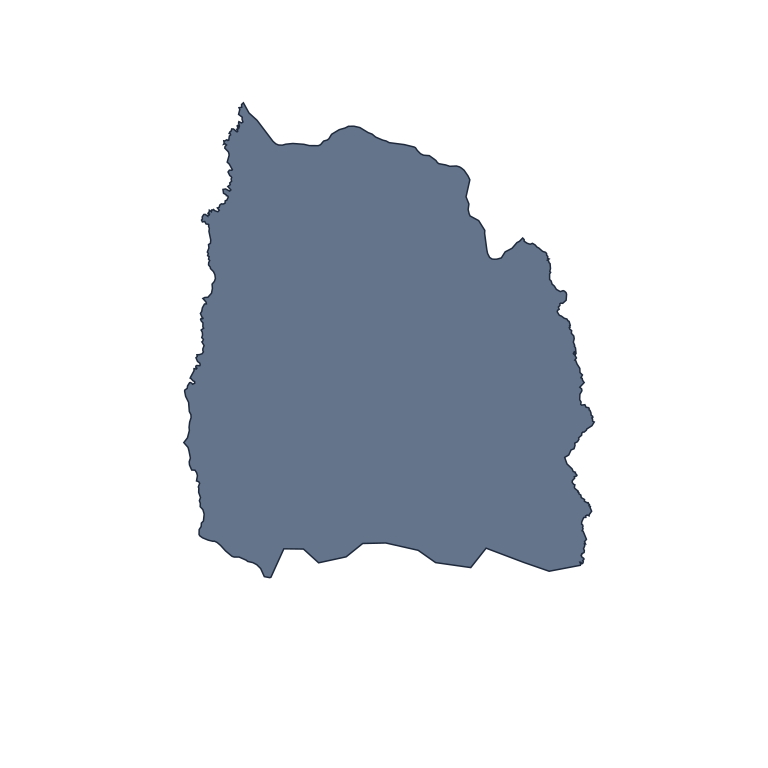 outline of Garu, Upper East, Ghana, rotated 119°
{"feature_id": "2480657B97498759939018", "entity_name": "Garu", "entity_type": "district", "adm_level": 2, "iso_a3": "GHA", "parent_name": "Ghana", "parent_adm1": "Upper East", "projection": "natural_earth1", "projection_center": [-0.247, 10.771], "detail": "fine", "context": "isolated", "style": "filled", "palette": "slate", "viewbox_px": 768, "rotation_deg": 119, "n_neighbors": 0, "source": "geoboundaries", "source_scale": "gbopen_adm2", "svg_char_len": 6171}
<svg xmlns="http://www.w3.org/2000/svg" viewBox="0 0 768 768"><g transform="rotate(119 384 384)"><path d="M580.4,485.3L581.7,481.5L585.0,478.2L591.4,475.5L594.2,476.3L597.3,474.8L600.9,475.1L605.3,472.8L606.1,471.5L606.5,468.1L605.8,462.1L604.5,457.3L603.7,456.2L603.5,453.2L604.4,448.7L606.8,441.7L608.4,433.4L608.0,431.2L605.6,426.8L604.9,418.9L605.3,417.3L603.8,412.1L603.7,407.7L605.2,402.4L610.5,395.3L608.8,390.1L607.9,389.2L576.7,391.7L567.4,374.4L572.1,354.5L553.5,333.3L533.8,325.3L522.2,305.4L512.9,273.5L515.2,252.3L502.5,219.1L478.1,215.1L472.3,175.3L467.7,148.8L447.4,124.4L446.1,124.6L444.9,126.3L444.5,125.5L445.2,123.7L444.1,123.2L442.7,123.6L442.1,124.6L440.6,124.1L439.7,124.6L439.3,127.3L438.2,128.6L437.4,128.2L436.6,128.7L434.4,127.3L432.5,128.0L431.4,129.6L428.1,130.0L426.6,131.2L426.2,130.2L424.7,132.2L421.7,131.6L416.2,138.5L416.3,139.6L414.1,139.7L413.3,140.8L411.9,141.0L411.0,141.9L410.8,143.2L408.8,144.2L404.0,144.6L402.8,142.8L401.6,143.7L400.1,142.8L399.9,140.7L398.8,141.2L394.6,140.7L392.1,143.9L391.0,144.1L391.1,145.7L389.8,145.9L389.5,147.5L388.8,147.9L389.4,149.1L389.4,151.9L387.8,152.6L387.7,156.4L385.7,158.0L385.5,160.3L384.5,160.9L384.4,162.2L383.6,162.2L382.8,166.5L382.1,167.4L379.6,168.2L379.8,169.5L378.8,171.7L377.2,172.4L373.9,171.6L372.9,172.6L371.1,171.0L370.2,171.0L369.2,173.5L368.4,173.8L368.8,176.1L367.0,178.4L365.2,185.2L360.6,190.4L356.5,188.0L351.0,188.4L348.5,186.4L345.2,187.1L343.3,188.5L340.7,186.8L337.9,186.7L336.7,187.7L333.0,186.3L331.1,187.2L329.7,186.8L329.0,185.6L326.3,184.6L325.0,184.8L319.7,181.9L315.3,181.7L315.4,183.5L313.6,184.6L312.9,185.7L311.8,185.2L311.1,185.9L310.9,187.6L308.7,189.2L307.2,191.1L307.2,192.0L305.7,192.9L305.6,194.0L306.4,195.9L304.7,198.3L306.7,201.0L306.4,202.1L304.2,202.9L302.9,205.2L298.0,207.7L294.0,207.6L292.5,208.7L291.9,211.2L285.7,209.6L284.5,212.1L283.0,213.4L283.1,214.8L279.9,214.8L279.0,218.1L275.4,220.3L272.9,224.9L270.5,227.8L270.6,228.7L267.9,228.3L266.4,230.9L265.5,230.8L265.1,231.4L266.0,232.3L265.5,233.2L263.5,233.2L263.4,232.6L264.2,231.8L264.0,231.0L259.6,234.0L258.6,235.8L257.7,236.0L255.6,238.7L252.2,239.6L250.0,241.3L248.8,244.7L246.3,245.8L246.0,248.0L244.8,249.3L244.0,248.8L243.2,249.9L242.4,249.5L239.5,252.5L239.5,253.9L238.5,255.5L239.1,258.2L238.6,261.9L238.9,263.9L236.9,267.5L235.4,267.9L233.8,267.0L232.1,268.8L230.1,268.2L228.5,269.1L227.6,268.6L226.8,266.8L222.4,265.3L217.0,267.8L215.8,269.1L215.3,271.2L215.5,272.6L217.7,274.6L217.7,279.1L215.8,282.4L215.1,285.5L212.9,287.7L212.3,289.8L207.5,292.5L205.5,292.4L205.2,293.6L202.4,294.3L198.2,297.1L197.8,298.6L196.6,299.6L196.5,301.2L194.6,300.2L194.7,301.9L193.0,302.6L192.6,304.1L191.1,305.0L190.5,306.5L191.1,309.6L190.0,314.6L190.1,316.5L189.1,319.2L189.0,322.4L190.9,323.9L191.5,327.0L191.2,330.6L189.7,331.5L189.1,333.5L193.5,334.7L195.9,336.3L203.2,337.8L209.7,342.1L216.8,342.5L220.1,345.8L221.4,348.0L222.3,350.0L222.1,353.0L219.6,356.7L216.8,359.1L203.5,369.0L200.8,370.3L195.2,380.4L195.3,390.2L193.7,392.2L190.6,395.0L185.4,397.0L180.5,403.0L163.8,407.9L161.4,411.2L158.2,417.6L157.6,420.9L157.5,423.1L158.2,426.3L161.7,432.0L162.5,436.3L164.7,442.8L164.5,444.6L163.3,447.0L162.3,455.1L164.7,460.3L164.9,463.7L163.6,468.1L162.1,471.0L162.1,472.5L164.8,482.4L170.4,496.5L170.4,499.9L171.3,503.3L172.1,511.0L171.2,515.5L171.8,519.8L171.4,529.4L173.1,535.3L175.9,540.1L178.9,542.1L183.3,546.5L191.0,550.9L196.2,551.1L198.1,551.9L200.8,554.6L205.4,555.5L207.4,557.0L211.7,564.9L213.2,570.3L217.8,580.3L221.9,586.2L224.4,588.7L226.1,592.1L226.4,595.0L225.6,598.7L214.9,622.9L212.4,633.5L206.2,643.3L208.6,644.1L211.0,642.6L212.6,644.8L213.9,643.2L218.7,641.9L219.4,637.3L221.3,636.5L223.2,634.4L224.7,635.1L224.9,638.1L226.2,637.8L228.5,635.5L229.9,635.2L228.8,637.3L229.4,637.6L231.6,635.3L232.6,636.3L233.7,634.5L234.4,634.5L234.8,635.2L233.9,639.2L234.8,640.9L236.6,640.3L238.2,641.0L239.9,640.9L239.5,640.0L240.5,638.9L242.1,639.5L246.0,638.0L246.8,638.7L246.5,639.8L248.8,641.3L249.0,642.0L250.9,640.5L252.1,640.5L251.0,639.4L251.3,637.6L253.3,638.2L254.9,637.6L256.4,632.7L257.8,631.2L259.2,630.3L266.0,628.7L266.7,625.9L270.1,620.5L270.9,620.8L271.9,622.9L274.2,623.2L276.5,619.9L276.6,618.4L277.3,617.3L278.8,617.1L280.6,615.6L283.0,616.4L284.2,615.1L287.0,616.4L288.5,612.0L290.1,612.5L290.2,617.1L291.9,619.2L295.0,616.8L295.0,613.9L295.7,613.2L295.3,611.9L296.0,610.8L299.5,610.6L300.7,611.7L303.0,610.7L304.6,611.9L305.3,613.6L307.1,614.4L309.3,613.8L310.8,615.1L311.9,612.3L313.9,612.8L314.5,616.0L313.8,618.3L314.5,617.6L315.4,619.1L317.0,618.5L316.7,621.0L318.0,620.4L320.0,620.7L320.0,619.0L321.0,618.8L321.7,619.8L322.7,619.4L322.3,622.5L323.1,623.8L326.0,624.0L327.8,622.8L329.1,623.1L330.3,621.4L328.8,619.6L330.3,617.2L329.4,614.8L329.8,614.4L331.0,614.0L332.6,612.2L335.4,611.1L342.1,605.3L345.2,604.0L347.1,605.1L349.9,603.1L354.3,602.5L355.0,600.9L357.3,600.5L357.4,598.7L359.9,598.0L360.5,596.3L362.8,596.2L364.9,595.2L366.1,592.5L367.2,591.7L368.4,587.6L370.4,584.9L373.5,582.6L376.5,582.1L380.0,582.8L383.6,580.4L388.2,578.9L393.6,580.1L395.1,582.6L397.0,583.9L398.6,579.4L400.0,578.2L401.1,579.8L405.4,579.8L409.0,578.6L411.3,578.8L414.2,575.0L414.2,574.2L414.7,574.2L415.5,575.7L416.3,575.8L417.5,574.4L418.3,572.0L421.9,570.1L422.6,568.8L425.5,570.1L426.8,568.0L429.2,566.4L431.8,565.9L432.5,563.6L434.9,563.3L435.5,563.7L437.6,560.0L441.1,559.5L442.8,558.5L443.4,557.5L445.8,557.8L447.9,559.8L449.1,561.8L450.5,560.7L452.2,561.2L454.7,558.0L455.1,555.2L456.4,554.0L457.3,554.0L458.6,556.8L459.4,557.2L460.5,556.9L460.9,555.3L461.8,555.3L462.7,557.6L464.6,556.6L472.3,556.5L473.0,556.2L472.8,555.4L473.8,552.7L473.7,550.8L475.1,549.9L477.0,551.3L476.5,552.6L476.6,554.2L477.1,554.7L480.9,554.9L483.2,554.0L485.9,555.3L486.8,555.0L491.0,551.5L494.8,546.0L502.5,540.9L504.4,538.0L507.0,536.4L511.6,535.5L516.4,533.5L519.0,531.7L526.4,529.8L532.3,530.7L534.5,524.6L537.1,522.1L542.7,517.4L546.4,516.7L549.1,514.9L552.5,510.5L551.0,507.5L552.5,504.8L554.7,502.7L559.7,501.0L559.3,498.7L560.2,497.1L564.1,496.5L564.8,495.5L568.6,493.6L572.3,489.4L575.6,488.9L577.4,486.8L580.4,485.3Z" fill="#64748b" stroke="#1e293b" stroke-width="1.5"/></g></svg>